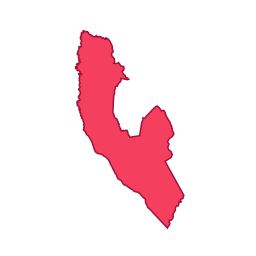 outline of Tuntum, Maranhão, Brazil, rotated 331°
{"feature_id": "56859067B40556057821371", "entity_name": "Tuntum", "entity_type": "district", "adm_level": 2, "iso_a3": "BRA", "parent_name": "Brazil", "parent_adm1": "Maranhão", "projection": "equal_earth", "projection_center": [-44.727, -5.601], "detail": "fine", "context": "isolated", "style": "filled", "palette": "rose", "viewbox_px": 256, "rotation_deg": 331, "n_neighbors": 0, "source": "geoboundaries", "source_scale": "gbopen_adm2", "svg_char_len": 5811}
<svg xmlns="http://www.w3.org/2000/svg" viewBox="0 0 256 256"><g transform="rotate(331 128 128)"><path d="M112.8,57.2L111.3,56.4L110.9,56.9L111.4,57.3L111.1,58.7L110.6,59.1L110.6,60.0L110.1,60.5L109.6,60.7L109.1,61.2L109.2,62.0L108.2,63.1L108.1,63.8L108.1,64.7L108.0,65.5L107.3,65.6L106.1,66.8L106.0,68.1L105.9,68.9L105.4,69.3L103.9,69.9L103.5,70.6L103.6,71.7L104.1,72.2L103.7,73.0L103.5,74.0L103.0,74.8L102.5,74.8L101.4,76.0L100.5,76.1L99.4,77.1L99.5,78.0L99.9,78.7L99.7,79.7L99.5,80.4L99.0,80.4L97.8,79.8L97.3,80.1L97.2,80.8L96.7,81.2L96.3,80.8L95.8,80.6L95.2,82.8L94.7,83.3L94.6,83.9L95.3,85.3L95.2,86.3L95.3,87.9L95.0,88.5L94.8,87.9L94.4,87.6L94.2,88.1L93.9,89.4L94.0,90.4L93.5,91.1L93.8,91.8L93.0,93.2L92.7,94.6L92.6,95.3L93.2,95.6L93.1,96.6L92.3,96.9L92.4,97.7L92.7,98.6L92.0,100.3L92.0,101.3L91.9,102.4L91.6,103.2L91.2,103.2L90.7,103.9L90.6,104.6L90.7,105.2L90.2,105.9L89.6,106.0L89.1,107.2L88.3,107.6L88.4,108.5L88.3,109.4L89.0,110.3L88.6,112.9L88.7,113.9L89.5,115.6L89.7,119.0L89.6,120.0L89.8,121.4L89.6,122.0L89.6,123.4L89.4,124.0L89.4,124.7L89.1,125.5L88.9,126.5L88.8,128.1L88.3,129.4L88.1,130.4L88.0,131.4L88.1,133.3L88.4,134.2L88.9,135.1L89.9,136.4L91.0,137.1L92.1,138.3L92.7,139.2L93.2,140.7L93.9,141.9L94.8,143.1L94.9,144.5L95.2,145.2L95.4,146.0L95.6,148.9L95.3,149.6L95.1,151.3L95.2,154.2L94.9,156.4L95.0,157.1L95.0,159.6L94.7,161.6L95.1,162.8L95.1,163.6L94.8,165.2L94.7,166.3L94.7,167.0L94.8,168.0L95.7,169.4L96.1,169.8L96.4,170.3L96.7,172.4L96.7,174.7L97.0,175.9L97.6,176.2L97.9,176.8L98.9,177.6L98.9,178.4L99.2,179.1L99.6,179.5L99.8,180.3L100.3,180.9L100.5,181.8L102.1,184.3L102.4,185.6L102.9,186.6L104.7,188.4L105.5,188.9L105.9,189.3L105.9,190.1L106.8,191.6L106.8,192.3L107.6,196.1L108.3,197.7L108.6,198.7L108.3,199.4L107.8,200.3L107.5,201.0L107.4,201.9L107.0,202.8L107.1,203.7L107.2,204.4L106.7,206.9L107.9,210.2L108.9,214.6L114.0,234.6L114.7,234.1L115.4,233.7L116.0,233.6L116.9,233.0L117.6,232.3L118.2,232.0L118.4,231.2L118.5,229.7L118.9,229.2L119.3,228.8L119.9,229.1L120.4,229.6L121.3,229.5L123.0,229.0L123.5,228.4L124.7,227.3L125.0,226.2L125.8,225.4L126.2,224.7L127.5,224.2L128.0,223.7L129.4,223.2L129.7,222.5L130.7,220.9L131.6,220.2L132.6,220.1L133.0,219.8L133.7,220.0L134.2,220.4L134.9,219.8L135.5,219.2L135.7,218.6L136.1,218.3L136.6,218.0L136.8,217.4L137.6,217.3L137.4,217.9L138.4,218.5L139.0,218.2L138.7,217.0L139.1,216.2L139.6,215.9L141.7,216.3L142.7,215.4L143.1,214.8L143.7,214.5L144.2,213.9L144.2,181.6L144.4,174.9L145.2,175.0L150.1,174.8L151.7,174.6L152.3,174.0L153.0,173.1L153.5,173.1L153.8,172.5L154.2,170.3L154.2,169.1L153.3,167.5L153.1,166.8L153.1,165.6L153.4,164.5L153.9,163.8L155.2,162.8L155.9,162.1L156.2,161.3L155.9,160.6L155.7,159.8L156.8,158.6L158.5,157.6L159.8,157.2L162.6,156.9L165.2,155.5L165.6,153.7L165.5,152.1L166.2,150.5L166.5,148.7L166.9,148.0L167.1,146.9L167.2,144.6L167.5,143.5L167.5,142.5L167.2,140.1L167.3,138.9L167.2,136.8L167.4,135.6L167.6,134.1L167.5,133.4L167.9,132.4L168.0,131.3L168.0,130.7L167.6,129.7L165.7,129.4L165.3,127.3L165.2,125.7L164.5,123.8L164.2,123.0L162.7,122.6L161.5,123.1L160.5,123.2L152.3,125.8L149.9,126.4L149.1,126.7L148.8,127.2L148.4,127.4L146.7,127.4L146.4,126.9L145.9,126.4L145.1,128.2L143.6,129.1L142.5,130.1L134.4,140.4L125.1,136.9L125.2,135.1L125.1,134.1L125.3,132.6L125.8,131.6L125.8,130.8L126.0,129.7L125.4,129.2L124.7,128.9L123.9,129.0L123.4,128.5L122.9,127.9L122.3,128.0L121.6,127.6L121.0,126.8L120.3,126.7L120.3,126.0L120.8,125.7L121.2,125.2L121.0,124.5L121.2,123.5L121.0,122.4L121.3,121.5L121.6,121.1L122.2,120.2L121.5,119.5L121.8,118.7L122.4,117.6L122.6,114.6L121.4,112.6L121.4,111.8L121.7,111.0L122.0,110.3L122.2,109.4L122.2,107.9L122.3,107.0L131.5,92.3L132.1,92.1L132.9,91.3L133.8,90.0L134.2,88.8L134.6,88.3L135.2,88.1L135.7,87.6L136.4,86.9L136.7,86.1L137.1,85.8L138.0,85.7L138.5,85.7L139.1,86.2L140.3,85.0L141.0,84.8L141.6,84.2L142.2,84.3L142.8,84.3L143.3,83.7L143.9,83.6L145.0,83.0L145.4,82.4L145.8,81.3L147.9,82.8L148.4,83.3L149.5,84.3L150.3,84.9L150.8,85.4L151.7,85.7L152.3,85.7L152.1,85.0L151.6,83.6L150.6,82.7L151.0,80.9L150.9,80.3L150.1,78.7L150.1,77.0L150.3,76.0L150.8,75.2L151.5,75.5L152.3,75.2L153.0,74.6L153.4,74.0L153.8,73.0L153.9,72.2L153.7,71.7L153.1,71.4L152.7,71.0L151.8,70.5L151.5,66.2L150.3,66.2L149.3,66.0L147.0,64.6L147.6,64.2L148.2,63.6L148.9,62.5L149.6,61.0L149.5,60.0L149.1,58.7L149.0,56.4L149.3,55.8L149.8,55.1L150.3,54.6L150.8,54.4L151.6,54.5L152.3,53.5L152.5,52.6L152.4,51.8L152.7,50.9L153.1,50.1L153.8,49.3L154.1,46.3L154.2,44.4L154.3,43.7L154.2,43.0L153.9,41.8L154.0,41.1L153.5,40.3L152.9,39.0L152.5,38.6L151.3,38.7L151.6,39.5L151.1,39.5L150.8,38.7L150.6,38.0L150.2,37.3L149.7,37.0L149.1,37.3L148.5,35.0L147.9,34.4L147.1,34.1L146.5,34.1L146.1,33.7L145.7,33.2L145.1,33.5L144.7,33.0L144.9,31.8L143.6,32.1L143.1,32.0L142.4,31.7L142.1,31.4L141.8,30.4L141.2,29.8L140.4,29.6L140.8,28.2L139.8,27.6L139.3,26.7L139.4,26.0L139.7,25.4L139.3,24.9L139.2,23.9L138.7,23.8L138.1,23.8L137.5,22.9L137.1,22.5L136.4,21.4L135.5,21.5L135.8,22.3L135.3,23.0L134.6,23.0L134.1,22.4L133.3,22.3L133.0,23.3L131.9,24.0L131.9,24.9L131.5,25.4L130.8,25.3L130.5,26.2L129.9,26.2L129.7,27.0L129.7,28.7L129.6,29.6L129.0,29.7L127.7,31.2L127.5,31.9L127.6,32.6L126.8,33.5L126.5,34.2L125.9,34.4L125.1,33.4L124.6,33.1L123.9,34.0L123.0,35.7L122.3,36.2L121.4,36.5L121.0,37.2L120.7,37.9L120.0,37.9L119.6,38.6L119.3,39.2L120.2,40.6L119.0,41.8L119.0,42.6L118.6,43.0L118.5,43.9L118.8,44.3L118.9,45.1L118.5,45.7L117.7,45.2L117.6,46.3L118.0,47.5L116.8,47.3L116.2,47.6L115.4,48.4L115.1,48.0L115.3,47.1L114.6,47.1L113.9,47.4L114.2,48.1L113.7,48.7L112.6,49.3L112.7,50.1L112.1,49.9L111.7,49.3L111.4,50.1L111.0,50.6L112.1,51.3L111.9,52.0L111.5,53.0L111.9,53.6L112.6,53.6L113.1,54.4L113.3,55.7L113.2,56.7L112.8,57.2ZM112.8,57.2L113.2,57.8L113.7,58.5L113.2,58.8L112.5,57.8L112.8,57.2Z" fill="#f43f5e" stroke="#9f1239" stroke-width="1.5"/></g></svg>